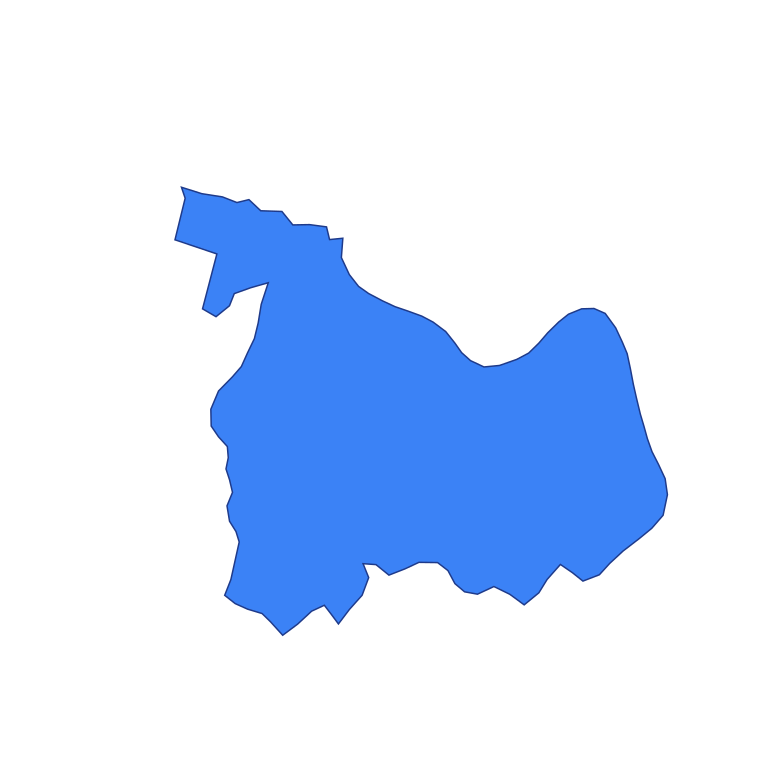 outline of Paial, Santa Catarina, Brazil, rotated 245°
{"feature_id": "56859067B54701998113386", "entity_name": "Paial", "entity_type": "district", "adm_level": 2, "iso_a3": "BRA", "parent_name": "Brazil", "parent_adm1": "Santa Catarina", "projection": "robinson", "projection_center": [-52.484, -27.213], "detail": "fine", "context": "isolated", "style": "filled", "palette": "blue", "viewbox_px": 768, "rotation_deg": 245, "n_neighbors": 0, "source": "geoboundaries", "source_scale": "gbopen_adm2", "svg_char_len": 1587}
<svg xmlns="http://www.w3.org/2000/svg" viewBox="0 0 768 768"><g transform="rotate(245 384 384)"><path d="M120.1,498.6L126.0,512.7L131.6,530.1L136.1,550.3L140.1,565.8L147.1,581.5L163.9,594.1L179.4,598.8L195.1,598.8L209.4,598.3L223.1,599.6L235.6,601.7L248.4,603.6L265.2,607.0L278.5,609.9L293.9,613.8L308.7,617.2L321.1,617.7L337.0,617.7L354.5,614.3L363.7,606.2L368.6,594.9L369.3,580.7L366.4,568.7L361.2,554.0L355.6,541.6L350.9,528.2L350.2,514.6L352.0,496.5L357.2,481.8L368.6,472.3L379.6,467.6L391.3,465.5L405.4,462.1L419.3,454.7L429.6,446.9L439.9,436.6L449.4,426.7L460.1,417.7L472.5,408.3L483.2,402.2L497.8,398.8L516.6,398.8L533.5,408.3L537.9,395.7L550.7,398.3L559.9,383.9L566.7,368.6L583.5,364.4L593.1,345.5L608.2,339.5L610.6,327.4L621.8,316.7L633.5,299.3L647.9,283.6L636.4,282.3L620.7,269.7L603.0,255.5L572.5,287.5L528.8,251.3L516.0,260.2L520.2,277.0L529.2,286.5L527.6,303.8L524.7,321.9L508.1,306.4L492.4,295.7L479.9,285.7L470.0,273.6L460.1,262.1L454.5,249.5L447.6,231.1L434.3,216.4L418.9,209.6L406.1,211.7L393.5,215.6L383.0,211.7L373.8,204.9L362.3,203.5L349.8,200.9L339.9,190.2L324.9,186.0L312.8,187.5L302.0,186.0L271.5,162.6L259.8,150.3L247.9,156.3L237.6,165.2L227.5,176.5L216.3,180.7L199.1,186.0L202.9,204.3L208.7,222.4L208.7,236.4L198.4,238.7L185.8,241.3L194.3,257.4L201.8,274.9L215.0,288.3L230.0,289.1L223.7,300.4L208.7,307.7L207.6,324.8L207.6,340.3L199.5,357.1L187.9,363.1L173.1,363.9L161.6,369.2L154.0,379.9L154.0,398.0L140.3,409.1L124.6,417.7L129.3,436.1L137.9,449.2L145.9,467.6L133.4,475.0L121.3,481.0L120.1,498.6Z" fill="#3b82f6" stroke="#1e3a8a" stroke-width="1.5"/></g></svg>